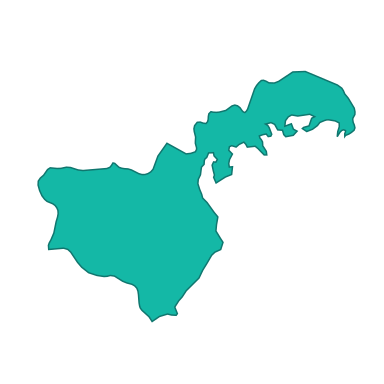 an SVG outline of Fukui, rotated 187°
{"feature_id": "JPN-1848", "entity_name": "Fukui", "entity_type": "Prefecture", "adm_level": 1, "iso_a3": "JPN", "parent_name": "Japan", "parent_adm1": "", "projection": "natural_earth1", "projection_center": [136.049, 35.808], "detail": "fine", "context": "isolated", "style": "filled", "palette": "teal", "viewbox_px": 384, "rotation_deg": 187, "n_neighbors": 0, "source": "natural_earth", "source_scale": "10m", "svg_char_len": 3141}
<svg xmlns="http://www.w3.org/2000/svg" viewBox="0 0 384 384"><g transform="rotate(187 192 192)"><path d="M47.1,265.8L47.5,268.5L47.0,270.4L47.1,271.7L49.2,272.2L50.9,271.3L52.5,269.2L54.6,264.6L54.7,269.7L53.8,274.7L54.3,278.5L58.5,280.0L65.0,280.3L67.1,280.0L69.2,279.1L73.6,276.6L75.6,273.2L80.0,269.0L85.5,266.0L90.2,268.4L89.1,269.7L83.9,271.9L82.2,279.8L79.4,281.7L84.6,283.5L96.3,280.3L102.5,280.6L105.6,278.3L107.9,274.2L107.9,268.6L101.7,271.8L99.0,266.7L95.1,265.2L98.4,260.6L105.7,258.3L107.9,260.1L109.7,264.3L114.5,264.1L118.2,269.2L122.0,270.5L127.3,268.4L124.9,267.3L123.2,265.2L119.9,259.0L120.6,257.0L123.1,256.3L125.4,258.6L128.7,257.5L132.0,255.9L131.2,253.9L129.6,252.4L128.1,250.3L127.4,246.4L126.4,245.3L123.2,241.4L122.3,237.9L124.9,237.6L128.8,240.7L131.7,243.1L134.9,245.1L142.6,243.3L144.4,245.9L146.6,247.8L151.1,244.9L153.7,242.0L158.2,242.8L160.4,241.5L160.6,237.9L156.5,234.6L158.7,228.8L159.0,224.7L158.0,221.3L154.9,222.0L154.8,214.2L160.6,211.0L169.2,203.9L172.3,209.2L171.8,211.5L173.5,215.8L175.3,221.1L174.2,224.5L172.0,224.5L170.8,227.4L174.5,230.5L175.5,233.6L180.3,232.8L181.6,228.0L183.1,226.5L183.6,224.8L183.4,220.9L185.6,217.9L185.7,215.2L185.7,210.1L187.3,205.4L187.2,201.0L184.7,195.5L182.1,190.9L180.7,187.3L175.8,183.4L167.5,174.4L163.3,170.4L163.7,162.6L163.5,156.2L158.2,149.5L155.1,145.8L156.5,138.4L161.9,135.1L164.8,131.6L168.8,122.3L171.8,115.8L174.6,107.4L185.7,93.3L189.0,86.6L191.8,82.6L195.1,75.7L191.7,69.5L192.7,67.7L197.4,67.4L201.4,67.9L209.1,64.5L215.8,58.6L219.1,62.5L219.5,63.0L226.9,68.2L227.8,69.0L229.3,70.7L230.1,72.5L231.0,75.5L232.6,83.5L233.5,86.9L235.0,89.8L237.5,91.9L240.4,93.1L245.6,93.8L250.0,95.0L258.7,99.1L262.9,99.2L265.9,98.0L269.0,97.4L276.2,97.6L284.8,99.3L292.3,103.9L297.0,108.2L305.1,117.6L308.3,119.9L312.6,120.6L327.2,117.5L328.0,121.6L327.5,124.0L326.1,127.5L324.1,134.5L323.2,146.0L322.4,150.7L322.2,154.1L322.8,157.4L324.3,159.9L326.3,162.0L328.9,163.4L334.7,165.0L337.4,166.8L340.4,169.9L343.4,174.8L345.6,180.1L345.9,184.1L344.2,187.4L341.3,190.6L338.1,196.7L335.7,198.7L328.7,198.9L324.9,199.5L319.7,201.3L315.6,201.5L307.8,200.0L302.8,200.0L279.4,204.9L276.5,206.5L275.1,208.7L274.0,211.2L272.2,211.0L267.5,207.6L264.6,207.0L261.8,206.9L258.3,207.1L254.8,206.5L247.0,203.7L243.8,203.2L240.8,203.6L237.9,204.9L235.4,206.9L233.4,209.8L230.2,223.5L222.8,237.3L202.5,229.1L197.9,230.2L193.6,232.3L192.7,234.6L192.8,236.3L194.6,240.7L194.8,242.5L195.1,247.0L197.1,252.2L197.8,255.0L197.5,258.2L195.3,261.8L192.3,262.4L189.4,261.7L186.4,261.7L185.1,263.7L184.8,266.1L185.0,269.1L184.8,271.7L183.0,274.0L180.8,273.8L177.6,274.0L174.7,274.6L168.3,277.1L162.8,282.3L160.1,283.5L157.3,283.1L154.6,281.5L152.3,278.9L150.8,277.7L149.2,277.3L148.0,278.7L146.9,281.0L142.4,302.1L140.8,305.7L139.0,308.5L136.8,311.1L134.7,311.6L132.1,311.0L128.9,309.7L123.5,310.2L119.4,312.4L106.6,323.4L94.3,325.4L60.7,315.9L56.0,313.3L54.1,311.0L52.4,308.0L48.4,304.2L41.2,295.0L40.0,291.4L39.8,288.7L41.3,284.9L41.3,283.5L40.5,280.7L39.1,278.3L38.1,275.5L38.7,273.0L41.1,270.5L43.4,268.6L46.5,266.9L47.1,265.8Z" fill="#14b8a6" stroke="#0f766e" stroke-width="1.5"/></g></svg>